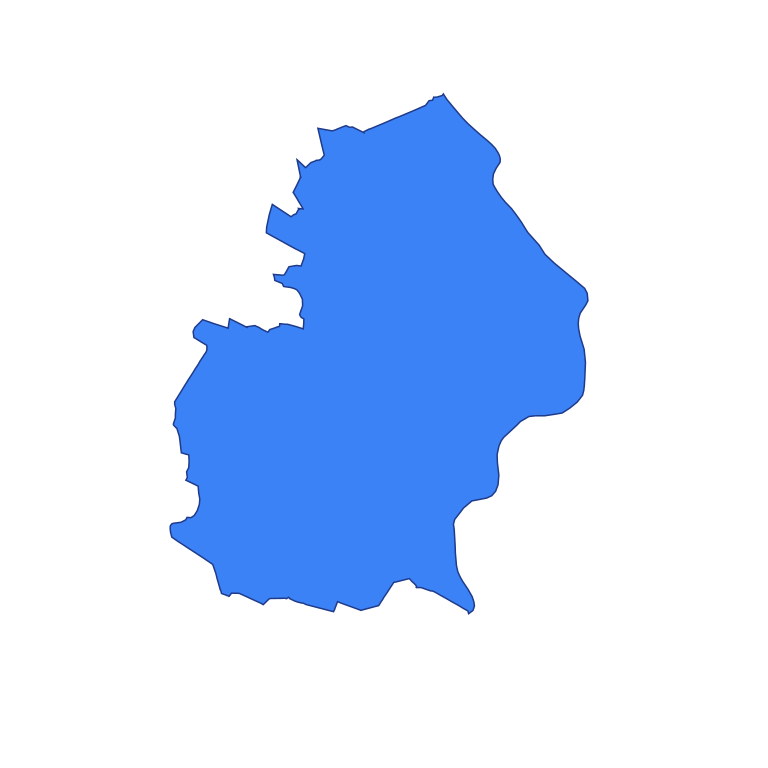 Mežotnes pag., Bauska, Latvia (Equal Earth projection), rotated 218°
{"feature_id": "27541924B31734985735044", "entity_name": "Mežotnes pag.", "entity_type": "district", "adm_level": 2, "iso_a3": "LVA", "parent_name": "Latvia", "parent_adm1": "Bauska", "projection": "equal_earth", "projection_center": [24.115, 56.472], "detail": "fine", "context": "isolated", "style": "filled", "palette": "blue", "viewbox_px": 768, "rotation_deg": 218, "n_neighbors": 0, "source": "geoboundaries", "source_scale": "gbopen_adm2", "svg_char_len": 6099}
<svg xmlns="http://www.w3.org/2000/svg" viewBox="0 0 768 768"><g transform="rotate(218 384 384)"><path d="M464.2,144.6L465.1,143.3L465.1,141.7L465.0,140.6L464.7,140.0L463.2,138.1L461.1,135.9L457.0,132.7L449.1,133.1L448.5,133.2L446.8,133.3L446.1,133.4L436.3,134.2L420.0,135.6L414.0,136.0L407.9,136.4L399.6,131.0L399.4,130.8L399.1,130.6L396.3,128.4L395.2,127.5L393.9,126.6L391.6,124.9L389.2,123.2L387.3,121.7L386.7,121.2L385.9,120.9L384.7,120.2L383.1,118.9L380.6,119.7L378.2,120.5L377.6,120.5L376.9,120.9L375.5,121.5L375.4,121.4L375.3,121.6L375.4,125.3L369.2,129.9L360.1,132.1L356.9,132.8L346.2,135.4L343.3,135.8L343.1,137.4L342.9,138.8L342.4,142.7L342.2,143.9L342.0,144.3L341.7,144.7L340.9,145.5L336.9,148.7L334.8,150.4L332.9,151.9L330.5,154.0L328.9,154.7L328.5,155.0L328.5,155.6L328.1,156.4L328.1,157.0L327.9,157.2L327.3,157.2L326.4,157.0L326.3,156.8L320.8,158.0L318.4,158.8L314.2,160.6L312.7,161.6L309.7,162.2L283.6,173.5L284.0,175.6L284.8,178.0L286.6,183.9L285.3,184.3L283.6,184.7L266.1,190.4L263.3,191.3L262.8,191.4L262.5,191.8L262.3,192.2L261.8,192.8L259.4,196.0L254.6,202.4L253.7,203.6L252.0,205.7L251.9,205.9L251.8,206.2L251.8,206.5L252.1,209.4L252.2,210.3L252.4,213.3L252.8,216.1L252.9,217.6L252.9,217.8L252.9,218.1L252.9,218.3L253.0,220.0L253.1,220.8L253.2,222.6L253.4,224.4L253.5,226.1L253.7,227.7L253.8,229.6L254.0,231.9L254.2,233.6L253.5,234.5L253.0,235.0L250.5,238.2L244.2,246.3L240.0,245.5L237.2,245.4L234.2,244.8L233.6,244.3L233.6,243.7L233.2,243.5L230.1,245.9L229.5,246.3L228.9,246.6L226.2,247.5L225.0,247.9L221.3,249.2L219.9,249.6L218.9,250.4L218.0,250.8L216.9,251.1L215.5,251.4L214.9,251.5L212.9,251.8L209.8,252.2L202.2,253.4L198.6,253.9L195.6,254.3L192.0,254.9L188.2,255.5L186.2,255.7L184.1,255.9L179.1,256.7L178.8,256.7L178.0,256.7L175.9,255.1L174.5,260.2L175.2,262.5L176.1,264.8L179.1,267.7L183.6,270.7L191.3,273.9L195.3,275.2L200.5,276.9L204.9,278.7L208.2,280.4L210.2,281.5L212.7,283.5L215.4,285.8L218.7,289.4L220.4,291.2L224.1,295.2L227.8,299.7L232.1,304.6L239.2,312.7L242.9,316.2L244.9,320.8L244.9,329.6L245.0,335.2L242.8,345.9L232.9,357.3L230.3,362.3L230.0,368.2L232.1,374.8L237.4,382.9L246.1,391.7L251.4,398.0L254.2,403.7L255.4,406.4L256.7,411.6L256.8,415.8L255.2,425.6L254.0,433.1L253.4,438.5L249.8,447.6L245.2,452.1L237.7,458.0L230.9,465.2L225.7,470.9L224.5,474.3L222.8,479.3L220.6,488.8L220.6,497.3L222.6,501.9L225.3,506.3L229.0,511.7L238.5,525.0L247.7,534.6L258.9,542.4L264.8,547.5L268.2,551.3L270.5,554.8L271.7,557.2L273.0,560.7L273.7,570.6L274.6,575.2L279.7,580.6L284.8,582.9L294.5,583.3L310.5,583.7L324.5,584.1L337.1,585.3L347.1,588.9L363.7,591.9L367.0,593.0L375.6,596.2L383.9,598.7L391.4,600.7L400.0,601.9L406.5,603.3L413.5,605.5L418.4,607.4L421.1,608.7L424.5,612.5L427.1,617.0L428.5,623.4L429.0,630.1L430.9,632.9L433.9,635.2L436.6,636.5L441.4,638.2L446.5,639.0L451.4,639.4L461.2,639.7L470.8,640.3L477.9,640.8L485.9,641.9L499.4,644.7L509.5,646.9L515.8,649.1L515.7,647.2L518.8,642.8L519.4,642.3L521.0,640.8L521.4,640.7L520.5,637.5L522.9,635.0L522.8,629.6L522.9,628.9L531.2,613.6L532.3,611.7L537.0,603.3L538.4,601.1L540.0,598.1L545.1,588.7L549.4,581.1L552.2,576.1L552.6,575.9L555.0,570.8L555.1,570.7L554.4,569.7L567.1,567.1L568.6,565.6L568.9,565.2L573.0,564.2L574.6,561.7L578.0,555.8L578.5,554.7L580.6,551.6L593.5,544.8L580.9,534.6L571.9,527.5L571.9,527.0L572.1,522.8L572.2,522.0L572.8,520.8L573.2,520.3L573.8,519.7L575.3,518.3L575.3,517.7L577.9,513.5L579.0,506.2L590.0,507.2L590.6,507.2L577.8,496.3L577.1,495.8L577.5,495.6L576.8,494.5L575.2,487.3L573.6,479.3L573.6,479.1L571.9,478.5L566.3,476.4L565.9,476.2L562.4,474.8L561.4,474.5L555.9,472.3L555.6,472.1L559.3,469.8L558.7,469.6L559.1,469.3L558.7,469.0L558.8,468.9L558.4,466.0L558.0,463.9L558.6,463.2L559.6,461.2L559.6,460.8L560.2,458.6L563.6,458.3L566.2,458.1L569.8,457.8L577.2,457.2L582.6,456.8L579.9,449.9L578.6,446.7L573.0,435.3L569.8,430.7L562.6,431.8L558.0,432.6L543.5,434.9L536.4,436.1L535.2,436.4L533.1,436.8L531.4,437.1L527.7,437.8L526.7,437.9L524.3,433.0L522.0,425.9L525.7,423.7L526.8,422.6L530.8,418.2L531.1,417.7L530.4,413.6L529.8,409.0L530.0,408.2L530.9,407.3L533.6,405.6L534.4,405.0L538.6,402.3L536.5,400.9L535.9,400.4L533.8,398.4L528.1,400.0L527.0,400.4L526.4,400.5L526.0,400.5L525.7,400.4L523.5,399.2L523.3,399.1L523.2,399.1L522.9,399.2L520.9,400.3L518.2,401.9L518.1,402.0L515.7,403.1L512.6,404.2L510.7,404.5L510.4,404.5L510.1,404.4L509.8,404.4L509.4,404.3L508.5,404.0L507.5,403.8L506.9,403.6L506.2,403.4L504.4,402.5L502.0,401.3L500.9,400.8L500.3,400.3L499.7,399.6L498.5,398.2L497.4,396.9L496.3,395.5L495.7,393.9L495.4,393.2L494.7,390.7L493.9,388.6L493.3,386.9L492.0,386.1L490.2,385.5L489.2,385.6L487.9,385.9L487.4,386.0L487.1,385.8L484.2,381.8L483.0,379.9L481.6,377.7L487.4,375.6L490.4,374.4L496.8,371.7L498.3,370.5L503.1,367.5L503.3,367.3L502.0,365.5L501.9,365.0L502.3,364.4L503.7,362.6L503.9,362.0L507.1,357.2L507.5,356.7L507.5,356.4L507.4,353.9L507.4,353.4L507.8,353.2L508.4,353.1L513.3,352.0L515.5,351.8L517.5,351.6L520.4,350.8L521.6,350.6L521.9,350.3L527.3,344.7L526.9,344.3L527.2,344.2L545.6,340.5L545.9,340.4L541.2,332.0L541.6,331.9L552.7,327.8L552.8,327.7L556.3,326.5L556.5,326.4L566.5,323.0L567.8,312.1L566.7,307.8L562.4,303.6L561.8,303.7L555.5,304.4L552.7,304.7L548.9,305.2L547.7,305.3L547.2,305.2L544.5,301.7L543.9,299.8L543.6,295.3L543.4,293.8L543.4,292.8L543.2,290.9L543.1,289.6L543.0,288.2L542.7,286.6L542.5,285.4L542.1,279.6L542.0,278.9L541.7,276.6L541.4,273.5L541.2,271.6L541.1,270.2L540.9,267.5L540.3,262.1L540.2,260.8L539.8,257.5L538.0,241.1L536.5,239.2L532.8,236.4L532.3,235.5L531.9,234.9L531.1,233.7L529.9,231.9L528.3,229.8L527.6,228.9L527.4,228.5L526.6,226.2L526.1,225.0L525.6,223.3L525.2,222.7L524.9,222.3L524.6,222.1L524.1,222.0L522.2,221.7L520.6,221.5L520.0,221.6L517.3,219.7L513.2,216.9L510.9,214.7L504.6,208.3L501.3,205.0L499.2,205.9L498.8,206.0L495.7,207.3L494.8,207.7L494.1,207.9L489.7,202.7L486.4,197.9L485.5,193.3L483.5,191.3L481.4,189.2L480.9,186.2L467.6,189.1L462.5,183.6L460.4,181.8L458.3,179.9L455.4,175.5L453.2,169.3L452.9,166.9L452.6,163.4L453.9,159.8L457.1,157.6L456.6,154.9L458.8,150.1L464.2,144.6Z" fill="#3b82f6" stroke="#1e3a8a" stroke-width="1.5"/></g></svg>